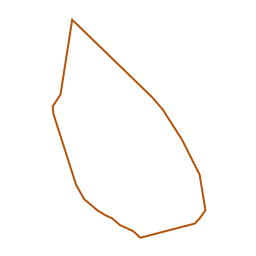 the Governorate of Al Fayyum, rotated 88°
{"feature_id": "EGY-1542", "entity_name": "Al Fayyum", "entity_type": "Governorate", "adm_level": 1, "iso_a3": "EGY", "parent_name": "Egypt", "parent_adm1": "", "projection": "orthographic", "projection_center": [30.723, 29.357], "detail": "fine", "context": "isolated", "style": "outline", "palette": "amber", "viewbox_px": 256, "rotation_deg": 88, "n_neighbors": 0, "source": "natural_earth", "source_scale": "10m", "svg_char_len": 396}
<svg xmlns="http://www.w3.org/2000/svg" viewBox="0 0 256 256"><g transform="rotate(88 128 128)"><path d="M238.1,119.5L231.3,126.4L224.7,139.5L217.7,147.1L214.6,153.3L209.2,161.5L197.6,174.3L183.2,181.8L111.8,201.9L103.7,202.5L92.3,194.3L17.9,180.0L98.1,102.8L110.7,92.7L141.6,74.4L177.3,58.0L213.0,53.5L221.0,59.7L225.8,64.5L238.1,119.5Z" fill="none" stroke="#b45309" stroke-width="2"/></g></svg>